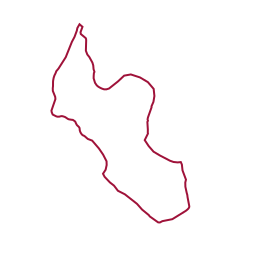 San Francisco El Alto, Totonicapán, Guatemala, rotated 27°
{"feature_id": "79465075B12043571614717", "entity_name": "San Francisco El Alto", "entity_type": "district", "adm_level": 2, "iso_a3": "GTM", "parent_name": "Guatemala", "parent_adm1": "Totonicapán", "projection": "albers", "projection_center": [-91.49, 14.976], "detail": "fine", "context": "isolated", "style": "outline", "palette": "rose", "viewbox_px": 256, "rotation_deg": 27, "n_neighbors": 0, "source": "geoboundaries", "source_scale": "gbopen_adm2", "svg_char_len": 1730}
<svg xmlns="http://www.w3.org/2000/svg" viewBox="0 0 256 256"><g transform="rotate(27 128 128)"><path d="M37.7,57.6L37.5,62.0L38.2,64.4L39.0,71.1L38.9,76.7L40.3,92.2L40.4,93.0L39.1,106.6L38.3,110.1L38.5,111.2L38.6,112.8L38.6,114.6L39.0,117.1L39.8,119.8L40.2,120.8L41.3,123.0L42.2,124.8L42.9,126.7L44.2,129.1L49.0,133.3L50.2,135.2L51.9,147.3L52.9,148.6L54.8,150.2L58.6,150.2L59.8,150.0L61.6,149.1L62.7,148.1L63.7,147.4L65.4,147.0L67.1,146.8L70.3,147.2L71.4,147.1L73.9,146.3L75.2,145.8L77.5,146.1L78.3,146.4L79.2,147.2L80.0,147.8L81.0,148.5L82.1,148.9L83.0,149.1L83.8,149.4L84.7,149.9L85.3,150.7L86.1,152.0L87.3,153.2L88.3,153.9L89.2,154.4L90.1,154.8L91.2,155.0L92.0,154.9L93.2,155.0L97.1,156.0L101.8,155.5L111.3,159.4L117.9,163.0L124.0,167.4L125.8,170.7L127.0,175.3L126.5,180.1L129.3,182.1L136.6,184.7L141.7,185.7L147.5,188.5L155.3,188.5L170.5,191.5L177.6,194.3L186.2,196.2L187.5,196.9L197.7,198.4L199.3,197.7L200.9,195.4L208.9,189.1L217.1,175.6L217.9,173.8L218.3,172.7L218.5,171.5L218.4,170.4L217.9,169.6L212.4,162.5L211.2,160.7L209.8,159.2L205.8,154.3L203.8,150.6L203.1,147.7L195.8,141.0L192.6,136.1L190.5,134.4L187.9,136.1L184.0,137.6L180.3,138.1L168.9,138.0L161.5,137.5L159.8,136.8L154.6,134.7L148.4,131.2L148.3,123.9L147.7,123.1L146.4,120.4L142.5,113.8L142.5,112.5L141.5,111.4L141.0,109.6L139.6,98.9L139.1,98.0L138.8,93.2L137.0,87.5L133.1,81.5L124.9,78.1L115.7,77.5L106.2,79.0L100.8,83.1L97.9,91.1L93.2,101.4L92.1,102.5L91.0,103.5L89.1,104.4L87.3,104.7L85.4,104.8L82.9,104.7L80.8,104.2L78.1,102.7L74.8,99.3L73.7,97.0L72.7,94.6L72.6,93.2L70.6,91.2L68.6,88.0L66.6,85.9L61.3,82.3L58.4,81.0L55.4,78.3L50.9,68.8L50.2,67.7L49.5,67.1L43.3,65.7L42.2,64.2L41.5,58.5L37.7,57.6Z" fill="none" stroke="#9f1239" stroke-width="2"/></g></svg>